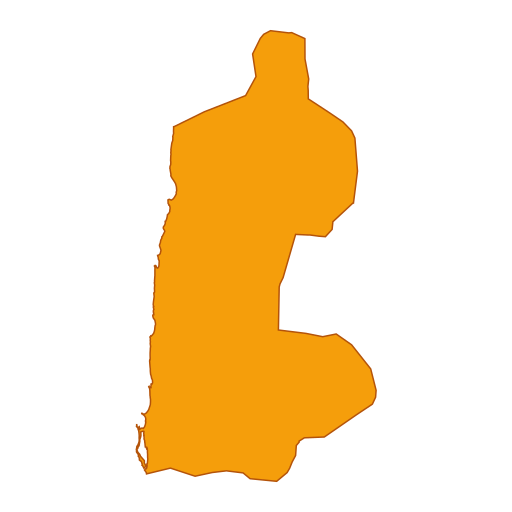 the district of Al Makha, Ta`izz, Yemen
{"feature_id": "15242507B68807574850563", "entity_name": "Al Makha", "entity_type": "district", "adm_level": 2, "iso_a3": "YEM", "parent_name": "Yemen", "parent_adm1": "Ta`izz", "projection": "equal_earth", "projection_center": [43.297, 13.522], "detail": "fine", "context": "isolated", "style": "filled", "palette": "amber", "viewbox_px": 512, "rotation_deg": 0, "n_neighbors": 0, "source": "geoboundaries", "source_scale": "gbopen_adm2", "svg_char_len": 5962}
<svg xmlns="http://www.w3.org/2000/svg" viewBox="0 0 512 512"><path d="M353.5,202.7L353.6,201.9L357.5,171.2L354.9,138.1L351.6,130.9L343.0,122.0L329.5,112.8L308.3,98.9L308.2,90.3L307.9,86.5L308.7,79.0L305.0,59.0L304.9,38.6L291.7,32.6L288.8,32.9L270.5,30.7L263.7,34.3L260.3,38.4L252.6,54.0L256.0,76.6L245.6,95.6L204.5,111.7L174.6,126.4L174.5,126.5L173.6,126.7L173.6,128.7L173.5,131.3L173.6,133.5L173.1,135.2L172.7,136.8L172.9,137.5L172.7,140.6L171.8,143.1L170.9,149.6L171.0,150.9L170.8,152.7L171.0,154.4L170.8,155.5L170.7,157.7L170.6,160.6L170.8,162.0L170.7,164.6L170.0,166.5L169.9,168.7L170.2,169.4L170.2,170.3L170.9,174.1L170.9,175.3L170.8,175.8L171.7,177.6L174.7,182.1L175.6,183.8L176.4,186.8L176.6,189.3L176.7,190.6L176.2,192.2L176.3,193.9L175.3,195.8L174.4,197.3L173.3,198.8L171.4,200.1L170.9,200.0L169.4,199.3L168.6,199.5L167.9,200.0L168.0,200.4L168.1,203.4L168.9,204.7L168.9,205.1L169.3,205.1L169.5,205.4L170.0,207.1L170.1,208.6L169.8,210.2L169.8,211.4L169.4,212.3L168.7,213.5L167.5,214.7L167.3,215.1L167.4,215.7L166.7,218.8L165.9,220.9L165.6,221.3L165.2,221.3L165.1,221.9L165.3,222.6L165.3,223.2L164.7,225.0L163.3,227.1L163.3,228.3L163.8,229.3L164.5,230.3L164.8,231.4L162.4,236.3L162.0,236.6L161.8,236.9L161.8,238.3L161.5,238.9L161.3,239.1L161.1,239.3L160.6,240.9L160.4,242.5L159.5,245.0L159.5,245.9L160.4,248.4L160.9,250.0L160.9,250.7L160.6,252.0L160.2,253.7L159.1,254.8L158.2,255.3L157.6,255.4L157.7,256.0L158.1,256.8L158.4,259.3L159.2,260.8L159.0,265.0L158.8,266.4L158.1,267.7L157.5,268.1L156.7,267.6L155.8,265.6L155.1,265.4L154.4,266.0L155.0,267.5L154.9,270.2L154.9,270.9L154.9,273.2L154.9,276.0L154.8,276.5L154.5,281.1L154.6,281.6L154.6,282.2L154.3,282.7L154.7,285.1L154.4,288.3L154.6,291.4L154.4,292.5L154.0,292.6L153.9,293.3L153.8,293.5L153.9,294.0L154.2,296.5L153.5,301.3L153.2,304.5L153.4,305.6L153.8,306.6L153.7,306.9L153.3,307.0L153.4,307.8L153.6,308.3L153.9,309.6L153.6,309.8L153.4,310.5L153.3,311.4L153.6,312.2L153.4,312.5L153.7,313.7L153.8,314.7L153.1,314.8L152.8,315.2L152.8,316.0L153.3,318.0L154.9,320.3L155.2,321.8L155.5,323.4L155.5,324.9L155.1,325.7L154.8,328.1L154.7,329.6L154.3,331.4L153.6,333.4L152.3,335.0L151.2,336.1L150.7,335.9L150.5,336.6L149.9,337.0L150.4,338.8L150.2,340.2L150.4,341.9L150.2,343.7L150.6,346.4L150.3,348.6L150.3,349.9L150.1,352.9L150.1,355.5L150.2,358.5L150.2,358.9L150.2,359.2L149.9,359.4L150.0,360.0L149.9,360.4L149.7,360.4L149.6,360.9L150.1,367.3L150.3,368.8L150.3,371.0L150.4,372.2L150.6,374.3L151.1,375.7L151.6,378.3L152.4,380.0L152.5,381.1L152.6,382.3L152.5,382.8L152.4,383.3L151.9,384.1L151.2,383.9L151.0,384.4L151.1,385.1L151.1,385.3L150.8,386.8L150.6,387.2L149.2,386.9L149.2,387.0L150.3,387.3L150.7,387.3L150.9,387.2L150.8,387.3L151.0,387.4L150.9,387.7L149.6,387.3L149.0,387.2L148.8,386.8L148.8,386.6L148.7,386.7L148.9,387.2L149.1,387.3L149.3,387.7L149.6,388.8L149.8,389.8L149.9,391.9L150.0,395.7L150.3,397.1L150.2,397.6L150.5,399.2L150.5,400.3L150.5,402.0L150.3,404.8L148.8,409.3L148.0,410.8L146.3,413.0L144.5,414.1L143.9,414.2L142.9,413.9L142.8,413.7L142.2,413.4L142.0,413.2L141.8,413.2L141.7,413.4L141.7,413.5L141.8,413.8L142.0,413.8L142.2,413.6L142.5,413.7L143.0,414.6L143.3,414.7L144.3,415.6L145.0,416.5L145.4,417.3L145.7,418.3L145.8,419.8L145.5,420.3L145.6,420.7L145.6,421.0L145.5,421.6L145.5,421.8L145.8,422.0L145.7,422.7L145.3,424.7L144.8,426.1L144.7,426.5L144.0,427.6L143.3,428.4L142.9,428.1L142.3,428.2L141.7,428.1L140.3,428.7L139.8,429.3L139.5,429.4L139.4,429.3L139.2,427.3L139.4,427.2L139.2,426.9L139.2,426.7L139.0,426.8L138.9,426.9L139.0,427.7L139.1,427.9L138.2,428.0L137.9,428.0L137.5,427.5L137.1,426.6L137.0,426.2L136.9,425.2L136.8,424.7L136.7,424.7L136.8,425.2L136.8,425.7L136.5,426.1L135.9,426.2L136.3,426.3L136.7,426.7L137.4,427.5L138.1,428.5L138.2,429.1L138.1,429.3L138.7,430.8L139.0,433.1L139.2,435.5L139.1,438.2L139.2,438.9L139.2,440.1L139.1,441.4L138.7,442.9L137.7,445.4L137.5,445.5L137.0,446.2L136.7,447.1L136.7,448.4L136.4,448.9L136.5,449.2L136.3,449.5L136.4,449.9L136.6,450.4L136.5,450.8L136.4,451.2L136.5,451.4L136.7,451.7L136.6,452.2L137.7,453.7L138.1,454.2L138.4,455.1L138.5,455.3L138.2,456.1L138.6,456.8L138.9,457.0L139.5,458.1L139.2,458.9L139.5,459.4L139.4,460.0L140.4,460.9L140.5,460.8L140.9,461.0L141.2,461.3L141.5,461.8L141.6,462.2L141.6,462.6L141.6,462.8L142.1,463.5L142.0,464.0L142.3,464.8L142.1,465.3L142.5,465.4L143.1,466.6L143.2,466.9L143.6,467.5L143.7,468.0L144.3,467.9L145.4,466.8L145.7,465.5L144.3,462.9L144.4,461.6L144.4,460.7L140.5,456.2L139.7,454.3L137.9,452.3L136.8,449.6L137.5,448.7L137.6,448.3L137.8,448.2L137.8,447.7L138.1,447.3L138.1,447.0L138.3,446.5L138.7,446.3L138.9,445.8L138.9,445.4L139.1,445.2L139.3,445.0L139.2,444.7L139.3,444.5L139.3,444.2L138.9,443.8L139.5,443.3L139.5,442.6L139.8,441.9L139.8,440.1L139.8,439.2L140.0,438.9L140.2,438.4L140.2,438.2L140.6,437.2L140.7,436.7L140.7,436.2L140.9,435.9L140.9,434.0L140.8,432.9L140.7,432.1L141.0,432.0L141.2,431.7L142.2,431.5L142.6,431.3L143.7,431.3L143.9,431.4L143.9,431.6L143.7,434.0L144.1,435.2L143.8,435.4L144.1,437.3L144.1,438.5L144.0,438.8L144.2,439.5L144.6,440.4L144.7,441.1L144.7,442.1L144.9,442.8L145.3,447.0L146.1,447.1L146.5,448.3L146.7,447.9L146.9,447.7L147.3,448.7L147.3,449.7L147.5,450.6L147.4,451.9L147.6,454.3L147.6,457.4L147.8,459.0L147.3,463.8L146.9,463.9L146.7,465.5L147.1,465.7L147.0,466.7L146.9,467.1L146.7,467.3L146.7,468.1L146.3,468.5L146.0,468.9L145.7,468.8L145.0,469.3L144.9,469.8L144.5,470.0L146.2,472.4L146.5,473.0L146.4,473.4L146.5,473.9L170.4,468.1L195.1,476.2L212.3,472.5L226.7,470.8L227.7,471.0L243.1,472.9L250.1,478.7L276.7,481.3L287.1,472.6L289.6,468.3L292.2,461.9L295.6,455.5L296.3,445.5L299.1,442.2L299.1,441.1L304.4,437.8L324.3,437.0L356.7,414.6L372.4,404.1L375.6,397.2L376.1,390.3L370.7,368.9L351.6,344.8L336.2,334.0L322.7,336.7L306.0,333.4L278.4,330.0L279.2,287.0L280.0,283.9L283.1,277.6L295.6,234.4L308.4,235.0L310.0,235.0L319.0,236.2L325.4,236.7L332.1,229.4L332.8,222.6L332.8,221.8L353.4,202.6L353.5,202.7Z" fill="#f59e0b" stroke="#b45309" stroke-width="1.5"/></svg>